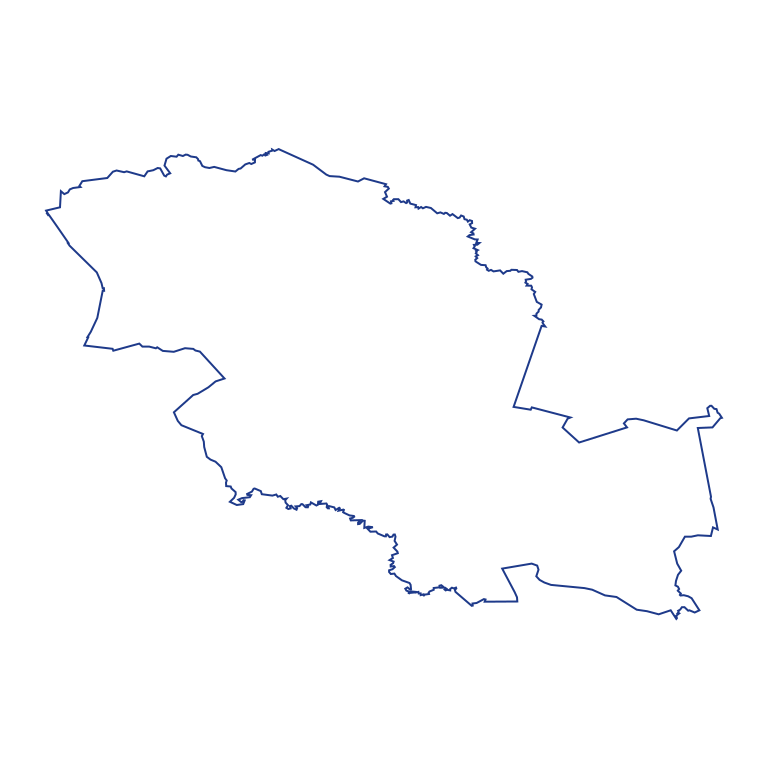 outline of Vaives pag., Cesu, Latvia
{"feature_id": "27541924B73856570603331", "entity_name": "Vaives pag.", "entity_type": "district", "adm_level": 2, "iso_a3": "LVA", "parent_name": "Latvia", "parent_adm1": "Cesu", "projection": "robinson", "projection_center": [25.436, 57.231], "detail": "fine", "context": "isolated", "style": "outline", "palette": "blue", "viewbox_px": 768, "rotation_deg": 0, "n_neighbors": 0, "source": "geoboundaries", "source_scale": "gbopen_adm2", "svg_char_len": 6091}
<svg xmlns="http://www.w3.org/2000/svg" viewBox="0 0 768 768"><path d="M463.7,216.5L461.1,215.5L459.6,217.6L457.8,218.1L452.5,214.1L450.0,215.7L446.8,213.0L445.2,212.8L443.9,213.9L440.4,212.4L437.2,213.3L430.9,208.0L426.0,206.9L422.9,208.3L421.1,207.0L418.5,208.6L418.1,207.1L415.5,207.3L416.0,205.1L410.3,203.6L408.7,200.0L407.1,200.6L407.2,202.5L406.1,203.1L403.6,201.4L401.0,202.1L398.4,199.2L393.8,199.2L393.1,199.9L393.5,200.9L391.0,201.3L391.4,203.3L390.3,203.6L383.3,198.9L387.0,196.7L385.0,192.1L388.8,188.6L387.8,186.9L384.6,186.3L386.0,184.2L364.1,178.3L358.0,181.5L339.4,176.7L329.6,176.1L326.3,174.6L313.1,164.7L278.6,149.1L274.6,151.0L272.2,149.6L272.4,150.6L268.5,151.8L268.7,153.4L265.7,153.0L265.6,153.8L266.9,154.9L265.3,155.5L264.1,154.4L262.4,155.7L260.7,155.1L252.2,159.7L255.0,159.7L254.9,162.4L251.3,164.0L249.3,163.0L245.3,164.4L240.6,168.5L238.6,168.9L235.4,171.5L226.5,170.2L214.2,166.9L209.4,168.0L205.0,167.2L202.3,165.9L200.0,161.2L198.3,160.5L198.1,159.2L196.3,157.3L190.8,156.5L187.6,154.8L185.7,154.6L182.9,156.0L178.3,154.7L176.6,156.7L170.8,156.0L166.5,158.7L164.5,165.6L170.2,173.3L167.1,174.6L165.9,176.4L164.2,175.6L160.2,168.4L157.7,168.0L153.3,170.2L147.6,171.4L144.3,176.3L126.7,171.4L124.1,172.2L116.6,170.5L112.9,171.7L107.3,178.0L82.3,181.2L79.4,185.9L80.5,187.0L73.1,188.0L69.8,189.4L68.0,192.4L64.3,194.1L60.9,191.2L60.0,207.3L46.1,210.6L47.8,213.4L47.1,213.6L48.2,215.2L49.0,215.0L57.0,226.4L68.5,243.0L67.9,243.2L69.6,245.7L96.8,272.4L101.5,283.1L102.7,288.3L103.9,288.2L104.1,290.8L102.7,290.8L97.3,317.9L90.8,331.8L87.4,337.2L88.2,337.4L84.3,345.5L112.6,348.8L113.3,350.7L139.3,343.6L142.4,346.6L149.2,346.6L155.9,348.3L157.2,347.3L162.8,350.9L173.8,351.8L185.0,348.2L193.3,348.9L195.4,350.5L199.9,351.6L224.5,378.5L215.6,381.4L208.4,387.3L197.6,393.8L193.2,395.0L173.9,412.3L177.8,420.9L181.4,425.2L203.0,434.0L201.8,436.1L203.8,441.6L204.2,447.0L206.8,456.8L210.5,459.6L215.5,461.7L221.3,467.2L225.1,478.3L226.7,480.5L226.0,482.6L226.2,486.1L230.7,486.5L231.5,488.5L235.6,492.1L235.7,494.4L234.1,497.8L229.9,501.8L236.8,505.0L243.2,504.1L244.7,500.4L243.5,500.2L242.6,501.8L241.2,502.1L238.3,499.7L242.0,498.1L249.8,497.2L251.1,495.2L247.4,494.9L247.1,494.0L251.9,491.6L253.6,488.8L254.7,488.5L260.8,491.1L261.8,494.2L272.4,495.6L276.3,494.5L277.8,496.7L280.3,496.0L283.4,499.2L286.6,498.6L285.2,500.2L285.6,502.6L288.0,505.2L286.4,507.8L288.3,509.0L290.6,508.4L289.9,506.1L291.3,505.7L293.8,508.4L296.5,509.7L297.1,508.2L295.7,506.4L299.5,506.1L301.3,504.1L302.5,504.2L305.5,507.2L307.8,507.3L308.1,506.6L306.7,505.2L310.3,504.5L310.9,502.4L316.4,505.5L317.9,504.7L318.2,501.7L321.0,501.2L319.6,504.0L326.4,503.5L327.1,504.6L326.7,507.2L327.8,508.3L328.8,508.3L328.2,506.3L328.8,506.0L334.3,507.4L335.6,510.0L339.2,507.8L339.8,508.3L338.6,510.7L343.4,509.6L343.9,509.9L343.1,512.2L344.0,512.8L349.5,515.4L353.9,516.0L354.2,516.7L352.8,517.8L350.1,518.5L350.8,520.4L360.6,520.1L358.1,522.6L358.1,524.1L359.7,523.9L363.0,520.6L364.7,520.8L364.3,527.9L368.3,526.6L372.9,527.2L367.6,528.8L370.4,531.7L376.1,531.5L377.8,533.5L384.4,536.3L385.9,536.3L386.1,534.5L387.3,534.4L389.6,537.1L392.4,536.6L393.5,534.6L394.8,534.5L395.5,536.7L394.6,540.9L397.0,544.6L393.6,547.6L397.4,551.6L397.8,553.2L392.0,555.2L392.9,558.0L389.6,560.1L393.6,561.6L393.1,563.2L390.6,564.9L390.7,566.5L394.0,566.1L394.8,567.1L392.5,569.2L389.1,570.3L389.1,572.0L390.8,574.0L394.4,573.6L396.0,576.1L401.9,580.3L409.5,583.0L410.6,584.8L411.0,589.1L409.9,589.4L407.5,587.4L405.3,588.7L406.4,590.6L408.8,591.5L408.7,593.1L409.4,593.3L410.8,591.6L411.1,592.8L413.1,592.6L412.7,591.6L414.8,591.8L414.2,592.4L415.2,592.6L418.4,591.9L418.7,593.5L420.6,593.4L420.7,595.1L424.4,594.1L423.2,595.1L423.9,595.5L424.8,594.6L429.0,594.0L428.6,592.8L429.5,591.5L433.7,589.8L433.7,588.0L439.7,587.3L439.5,585.7L441.3,585.2L442.8,586.4L441.5,587.7L444.8,587.6L446.3,588.6L444.7,589.6L445.7,590.4L446.9,589.8L450.2,590.4L450.2,589.0L451.9,587.7L453.9,588.4L456.0,587.6L456.3,588.4L454.9,590.0L455.5,591.9L471.7,605.8L472.7,605.6L472.5,603.5L476.6,603.0L483.9,599.1L485.5,599.5L484.7,601.7L517.3,601.5L517.0,597.3L514.7,592.2L502.2,568.6L531.7,563.6L537.2,565.6L538.5,569.7L536.3,576.3L539.6,579.9L544.3,582.5L551.0,584.9L584.5,588.1L592.2,589.7L605.0,595.4L616.5,597.0L636.7,609.7L647.0,611.2L658.7,614.3L670.7,610.3L676.3,618.9L676.9,618.2L676.3,615.7L678.9,613.6L677.6,613.3L678.7,611.9L678.1,610.8L680.2,609.6L681.9,607.2L684.5,607.2L688.2,610.7L689.4,610.3L694.7,612.5L699.4,610.3L691.6,598.2L688.2,596.3L683.8,595.2L680.5,595.5L679.9,594.9L680.8,593.5L677.8,590.7L679.1,589.0L677.9,586.7L675.4,585.4L676.0,580.9L678.0,574.8L681.2,570.7L677.2,563.6L674.1,551.3L678.9,547.1L684.9,536.7L691.1,536.7L697.9,535.3L710.9,536.0L713.0,527.4L717.7,529.5L713.5,507.4L710.6,498.8L711.0,496.8L697.8,428.0L712.5,427.4L720.3,418.2L721.9,417.8L719.2,413.7L717.6,412.7L716.5,409.1L714.3,408.8L711.5,405.8L710.1,405.8L707.3,408.2L709.2,416.0L689.0,418.4L676.9,430.5L643.7,420.3L636.1,418.7L627.6,419.4L623.9,423.4L627.0,427.4L579.1,442.5L562.6,427.5L567.6,418.7L570.4,417.5L531.8,407.4L530.7,409.7L513.6,406.9L541.6,325.9L545.2,326.5L542.9,323.5L542.5,322.4L543.4,321.4L541.7,319.6L539.1,319.2L534.3,315.8L536.4,315.6L536.5,313.6L538.6,311.6L538.7,309.9L541.0,307.4L541.6,304.6L536.8,301.9L533.8,294.0L535.2,291.9L531.5,289.3L532.0,287.3L531.2,285.7L526.6,285.6L527.6,283.9L525.4,282.6L526.0,281.4L525.7,279.7L530.9,278.9L532.5,277.7L532.3,276.5L528.3,273.8L527.4,272.3L522.0,271.1L518.4,271.8L517.0,270.0L511.4,269.8L510.3,270.8L506.7,271.1L503.3,273.7L500.1,270.4L493.5,271.4L491.0,269.9L488.7,270.8L487.0,269.7L487.6,268.6L486.2,267.3L485.6,265.2L481.0,264.9L475.5,261.4L475.3,259.7L477.2,258.1L475.7,256.4L477.9,255.2L475.8,253.3L476.7,251.9L476.0,251.0L477.7,250.1L473.5,248.2L474.7,246.4L474.0,244.9L477.3,244.7L479.4,243.0L476.3,242.8L477.6,239.5L474.8,239.4L467.8,236.5L469.5,235.1L473.6,234.5L473.4,233.4L471.1,232.2L475.0,228.7L471.3,227.6L469.7,224.4L472.1,223.1L472.0,221.0L469.7,220.2L467.9,221.6L466.8,219.7L464.5,219.2L463.7,216.5Z" fill="none" stroke="#1e3a8a" stroke-width="2"/></svg>